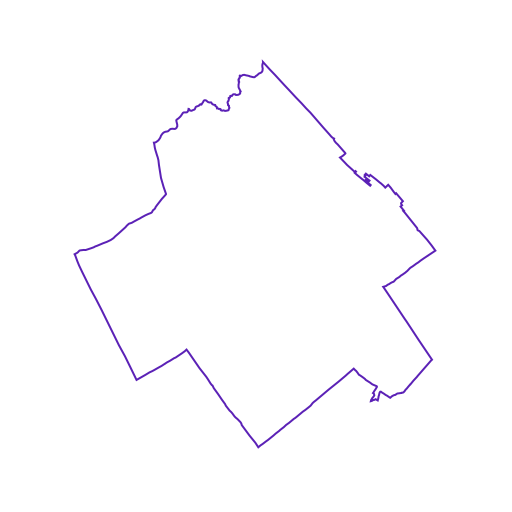 the district of Balteni, Olt, Romania, rotated 254°
{"feature_id": "2599482B45249958098961", "entity_name": "Balteni", "entity_type": "district", "adm_level": 2, "iso_a3": "ROU", "parent_name": "Romania", "parent_adm1": "Olt", "projection": "mercator", "projection_center": [24.539, 44.464], "detail": "fine", "context": "isolated", "style": "outline", "palette": "violet", "viewbox_px": 512, "rotation_deg": 254, "n_neighbors": 0, "source": "geoboundaries", "source_scale": "gbopen_adm2", "svg_char_len": 6058}
<svg xmlns="http://www.w3.org/2000/svg" viewBox="0 0 512 512"><g transform="rotate(254 256 256)"><path d="M440.5,316.2L440.0,316.1L438.6,315.1L437.5,314.6L435.8,314.2L434.6,314.2L432.3,313.3L431.6,312.7L431.1,312.0L430.8,311.1L430.6,309.2L429.4,306.8L429.1,305.7L428.4,304.2L428.3,303.8L428.5,303.0L428.9,302.2L430.5,299.4L430.8,299.2L431.8,297.5L432.2,296.6L433.4,294.6L433.6,293.2L433.4,292.4L433.0,290.8L433.9,290.3L433.9,290.2L433.7,290.0L433.0,290.1L432.2,289.4L431.8,289.5L431.7,289.4L431.2,288.7L431.0,288.3L430.6,287.9L430.1,288.0L429.9,287.7L429.2,287.5L428.8,287.5L428.6,287.8L427.9,287.8L427.5,287.3L426.1,286.8L425.5,286.4L423.2,285.8L422.4,285.8L418.4,286.6L418.2,286.3L418.1,286.0L416.9,285.7L416.3,285.1L416.1,284.4L415.9,283.6L415.9,283.0L416.3,281.1L417.1,280.6L417.3,279.9L417.6,279.4L417.6,278.5L417.5,278.1L416.5,277.0L416.5,276.8L416.9,276.2L416.9,275.8L416.9,275.4L415.6,274.8L415.5,274.6L415.5,273.5L415.4,273.3L415.0,273.2L414.8,273.3L414.5,273.3L413.9,273.0L412.6,272.2L412.5,271.8L411.6,271.0L411.0,270.9L409.9,271.0L408.8,270.7L408.5,270.9L408.0,271.4L406.8,271.1L405.9,271.3L405.5,271.1L404.4,270.1L403.9,269.9L403.7,269.6L403.7,269.3L403.7,268.6L403.9,266.7L404.1,266.1L404.9,265.0L405.0,264.7L405.0,263.6L405.6,262.6L405.9,262.4L406.1,262.3L406.6,262.5L406.9,262.4L407.2,262.1L407.6,261.1L407.7,260.6L408.2,260.3L408.4,260.1L408.6,259.2L409.0,259.2L409.4,259.4L410.0,259.4L410.3,259.3L411.2,258.4L412.4,258.4L412.9,257.3L413.8,256.1L414.7,255.6L415.9,255.3L416.1,255.0L416.4,253.6L417.0,252.6L417.6,252.0L419.1,251.1L419.7,250.2L419.9,249.4L419.8,249.0L419.7,248.6L418.5,247.5L417.2,245.9L416.7,245.5L416.6,245.0L417.1,244.8L417.2,244.4L416.9,243.4L416.3,242.7L416.1,241.3L416.1,240.1L415.9,239.3L415.6,238.9L414.4,238.0L413.9,237.5L413.7,237.0L413.7,236.0L413.5,235.1L413.4,234.0L414.0,232.7L415.8,232.1L416.0,231.7L414.9,231.2L414.1,230.6L413.4,229.8L413.2,229.2L413.3,228.4L413.8,226.6L413.9,225.9L413.7,225.2L411.5,222.6L410.8,221.6L409.5,219.1L409.4,218.4L408.6,216.9L408.1,216.7L406.7,216.6L404.0,216.5L402.8,216.2L402.4,216.1L401.9,215.6L401.1,214.9L400.8,214.4L400.5,213.3L400.6,212.7L401.4,210.6L401.6,209.1L401.5,208.4L400.4,206.3L400.2,205.8L400.2,204.7L400.4,203.3L400.3,201.9L399.7,200.3L399.0,199.3L397.8,197.8L396.5,196.9L395.5,195.9L394.1,194.1L393.1,191.6L392.9,190.5L393.0,189.6L393.1,189.1L391.2,189.0L388.1,188.6L385.8,188.5L379.9,188.6L378.1,188.7L375.0,188.6L370.2,187.8L357.3,186.2L347.8,186.2L340.4,186.6L340.2,186.5L339.6,185.7L336.8,181.2L331.9,174.5L330.5,172.8L329.8,172.3L329.1,171.4L328.3,169.5L326.9,168.2L326.5,167.5L326.3,166.7L326.1,164.2L325.6,160.9L324.6,156.4L324.1,154.6L323.7,152.4L322.9,148.8L322.7,147.9L322.2,146.0L322.1,144.8L322.1,144.2L322.1,143.1L321.9,142.4L320.8,140.2L319.6,138.4L315.3,129.6L313.6,125.9L312.7,124.4L312.2,123.2L311.4,120.7L310.7,116.5L310.4,112.5L309.6,105.9L309.5,104.1L309.1,102.4L308.9,99.4L308.7,93.9L309.3,92.1L309.7,89.6L309.9,88.2L309.8,87.7L309.2,86.6L308.7,85.9L308.3,84.8L307.7,82.1L306.3,82.4L300.5,82.8L295.8,83.3L288.6,84.5L269.2,88.0L258.8,90.3L247.2,92.6L208.2,99.6L195.8,102.4L184.1,104.5L169.8,107.0L172.2,116.9L173.5,121.6L173.9,124.3L174.3,126.2L175.4,130.7L175.9,132.8L176.3,134.7L178.3,141.2L179.0,144.5L180.4,149.3L180.5,150.6L183.0,158.3L184.1,161.3L185.2,163.4L181.6,164.8L163.7,170.8L153.6,174.9L150.8,175.8L145.9,177.2L144.0,178.0L143.5,178.5L140.6,179.0L133.7,181.5L127.3,183.6L122.1,185.5L120.5,185.7L114.7,188.0L112.9,189.1L111.4,189.8L107.6,191.2L106.0,192.1L105.5,192.5L104.1,193.4L100.5,195.3L99.1,195.7L97.4,195.7L85.1,200.3L76.7,203.9L71.5,205.5L72.7,208.1L73.5,210.6L75.0,214.4L75.8,216.7L76.7,218.8L78.6,223.3L79.9,226.0L81.5,230.1L82.2,231.4L83.8,235.5L85.3,238.4L86.5,241.8L89.0,247.4L89.4,248.8L90.0,250.3L93.5,258.2L94.4,260.9L96.1,265.0L97.1,267.3L99.1,270.0L99.9,271.7L100.6,273.5L107.5,288.9L112.4,300.6L116.2,309.1L117.5,311.7L118.3,313.5L120.8,318.9L118.7,320.0L118.1,320.5L115.9,321.4L113.5,322.2L112.5,323.2L110.4,324.9L108.7,326.2L107.7,326.9L106.7,327.3L102.9,330.7L100.6,332.4L99.2,334.1L97.7,336.0L97.4,336.2L96.9,336.2L96.6,335.9L94.8,334.0L93.8,332.7L92.8,331.7L92.0,330.7L91.3,331.3L91.0,331.4L90.7,331.4L89.4,331.3L88.5,330.3L87.3,328.5L86.6,327.9L86.1,327.2L85.5,326.8L84.8,326.4L84.8,327.5L85.2,328.9L85.3,329.2L85.1,329.8L85.1,330.3L85.4,331.5L83.6,333.2L85.8,334.5L87.2,335.1L88.2,335.8L90.5,337.1L91.0,337.6L91.3,338.0L91.3,338.3L91.2,338.6L90.9,338.9L90.1,339.4L88.4,341.0L86.6,342.4L85.8,343.3L82.9,345.7L82.7,346.0L83.4,347.3L83.9,348.6L84.2,350.5L84.1,351.8L84.6,352.9L84.8,353.8L84.8,354.5L84.7,354.8L84.3,357.8L84.2,358.2L84.4,358.4L84.3,359.0L84.2,359.9L84.6,360.8L85.7,362.4L86.2,362.8L86.9,364.2L88.3,366.2L90.1,368.9L90.0,369.0L92.8,373.0L95.4,377.3L96.2,378.4L107.4,395.7L107.8,396.6L130.5,389.2L151.4,382.7L154.9,381.5L184.3,372.1L191.3,369.8L191.3,372.7L192.1,374.7L192.3,376.2L192.9,378.0L193.3,380.0L193.3,380.9L193.5,381.5L195.3,384.4L195.7,385.7L195.9,386.5L196.4,388.2L197.2,389.8L197.8,391.9L199.0,395.3L199.5,396.2L199.8,397.1L201.8,400.5L202.2,401.4L202.9,403.8L204.0,406.8L204.4,407.8L205.1,410.2L206.2,412.9L207.6,417.0L211.7,429.9L218.0,427.6L224.6,424.9L235.0,419.9L235.9,418.8L236.3,418.5L236.7,418.4L238.0,418.6L238.6,418.5L256.8,410.9L258.7,410.0L258.8,410.7L263.7,408.6L264.5,410.4L265.8,409.9L266.4,409.9L266.9,410.1L268.2,412.3L277.7,408.0L277.2,407.1L279.9,406.0L284.6,404.3L288.0,402.7L286.1,399.1L288.2,398.1L291.4,396.1L292.4,395.3L296.4,392.6L302.4,388.2L301.4,386.8L304.9,384.3L303.9,382.8L303.1,383.4L302.2,382.2L297.2,385.9L296.2,384.4L299.0,382.5L298.6,381.8L292.6,385.8L292.1,385.1L295.8,382.5L300.1,379.7L300.7,379.2L306.0,375.5L308.7,373.8L309.5,375.4L310.1,375.1L309.5,374.2L318.3,368.7L327.5,363.9L327.8,365.2L328.3,366.8L328.8,368.0L329.9,370.2L330.3,370.2L340.7,365.3L342.7,364.1L344.3,363.4L345.3,363.1L346.9,362.9L347.4,363.4L348.0,362.7L349.0,361.9L350.2,361.2L352.8,360.0L361.1,356.0L378.8,347.8L384.1,344.9L390.2,341.9L397.5,338.0L406.6,333.4L412.6,330.3L425.0,324.1L431.6,320.6L440.5,316.2Z" fill="none" stroke="#5b21b6" stroke-width="2"/></g></svg>